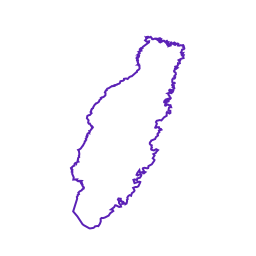 the district of Ban Khwao, Chaiyaphum, Thailand, rotated 236°
{"feature_id": "78962969B12995220204726", "entity_name": "Ban Khwao", "entity_type": "district", "adm_level": 2, "iso_a3": "THA", "parent_name": "Thailand", "parent_adm1": "Chaiyaphum", "projection": "equal_earth", "projection_center": [101.855, 15.816], "detail": "fine", "context": "isolated", "style": "outline", "palette": "violet", "viewbox_px": 256, "rotation_deg": 236, "n_neighbors": 0, "source": "geoboundaries", "source_scale": "gbopen_adm2", "svg_char_len": 5895}
<svg xmlns="http://www.w3.org/2000/svg" viewBox="0 0 256 256"><g transform="rotate(236 128 128)"><path d="M89.5,35.9L83.0,36.6L73.7,36.5L72.1,37.0L66.4,39.9L65.9,40.5L64.6,43.3L64.5,44.6L64.9,45.7L63.9,47.8L63.2,48.5L64.3,51.1L65.8,53.2L68.0,54.5L68.2,55.8L67.3,56.9L66.7,58.8L66.2,63.0L67.3,65.6L67.4,69.4L68.8,69.5L69.9,68.4L70.1,72.2L71.1,74.2L70.6,74.8L67.5,76.5L66.7,78.3L68.2,78.8L70.8,78.6L72.6,79.7L74.3,79.6L74.9,80.7L73.4,82.4L72.4,81.6L71.8,81.7L71.4,81.0L69.4,82.8L68.8,82.5L68.8,81.1L68.3,80.8L67.9,81.4L67.9,82.8L67.2,83.4L66.3,83.1L66.2,84.6L67.9,86.4L69.0,86.9L69.2,88.0L70.7,88.5L71.5,90.5L71.4,91.9L70.1,92.7L71.8,94.7L71.9,97.0L72.2,98.0L72.6,98.5L75.5,98.8L74.9,101.2L74.1,102.3L73.9,104.0L76.0,107.6L76.4,108.0L77.3,107.2L78.7,102.6L82.0,103.5L81.6,104.8L79.8,106.3L81.0,107.5L80.1,110.1L80.9,112.0L81.5,112.7L82.6,112.8L83.1,111.3L83.2,109.5L84.4,108.9L85.6,110.8L86.7,113.9L84.7,113.1L83.8,114.2L83.2,115.8L82.0,115.2L81.5,115.8L81.7,117.7L82.5,117.1L84.3,117.2L86.0,117.5L86.3,118.0L85.8,119.4L83.8,121.4L83.5,122.3L85.0,123.7L84.6,127.4L86.3,131.7L86.7,132.1L89.1,131.6L90.3,134.6L92.2,134.4L91.8,137.1L92.4,138.1L92.9,140.5L94.7,139.5L94.9,136.9L96.8,135.3L97.7,135.4L98.4,136.9L99.2,136.8L100.3,138.0L101.5,137.3L102.7,137.2L103.8,138.1L104.1,139.6L104.6,140.2L103.7,144.4L104.8,146.0L105.0,148.7L105.3,149.0L106.5,149.0L106.9,150.0L106.9,151.6L108.5,152.1L107.9,154.8L108.7,154.8L110.2,153.6L111.4,154.1L112.3,152.7L112.6,151.2L113.1,150.8L115.3,154.3L117.3,154.5L117.9,155.8L116.8,158.8L115.6,159.9L116.7,163.9L116.5,166.9L119.1,168.6L119.4,169.3L116.8,170.5L116.8,171.6L118.6,172.7L119.3,171.7L120.0,171.4L122.0,173.4L122.0,174.0L121.1,175.4L123.2,176.0L123.9,174.8L125.4,174.0L125.4,171.8L125.7,171.4L126.2,171.4L127.0,172.4L127.9,174.6L127.4,176.6L128.5,177.6L128.9,177.2L128.5,172.9L129.1,172.4L129.9,173.0L130.5,175.1L129.8,177.7L128.5,179.0L128.7,180.0L129.4,180.3L130.8,179.9L131.6,180.4L132.8,180.1L133.8,180.6L134.5,180.2L134.1,182.0L132.8,183.3L133.6,183.8L135.8,183.0L136.3,183.3L136.4,184.2L135.0,185.5L133.4,184.6L132.8,184.6L132.8,185.1L133.7,186.6L135.0,187.5L135.0,188.6L135.5,188.8L136.5,188.1L136.6,189.1L137.1,189.5L138.0,188.5L139.0,188.5L139.4,189.6L138.9,191.0L139.1,191.9L139.5,191.9L140.4,190.4L141.4,190.4L143.5,191.9L143.9,193.2L143.1,193.7L143.0,194.5L143.8,195.6L144.7,195.1L145.1,195.3L145.7,197.7L147.2,198.4L148.8,197.8L149.5,198.0L149.6,198.7L150.9,200.0L150.1,200.9L150.2,202.6L151.8,201.4L152.4,201.5L151.8,203.4L151.9,204.2L153.7,205.6L152.8,206.4L152.7,207.2L154.1,207.7L154.8,208.9L155.1,208.7L155.3,207.8L156.0,207.8L155.6,211.0L154.9,213.2L156.2,213.6L157.1,214.8L157.8,213.4L158.7,213.4L158.8,214.7L159.3,215.6L159.9,214.2L161.0,214.0L161.4,215.2L162.7,216.6L162.7,217.3L162.1,218.1L162.3,219.1L163.7,219.7L164.4,219.1L165.1,220.1L165.9,220.1L166.6,218.4L167.2,218.0L167.6,216.5L168.4,215.6L169.5,216.8L170.2,216.5L170.5,216.0L170.5,213.5L171.9,212.7L172.0,214.6L172.9,214.3L173.4,211.2L174.7,211.7L174.9,211.3L174.1,209.7L172.6,209.5L173.2,207.4L174.6,208.8L174.9,208.5L174.7,207.2L175.3,207.1L176.6,209.5L177.4,208.4L177.4,207.9L176.9,207.5L177.3,207.2L177.9,207.7L178.2,209.0L178.5,209.0L178.6,207.6L179.0,206.7L180.0,206.8L180.5,206.3L180.9,202.6L181.9,202.1L182.6,202.3L181.9,204.8L182.7,204.9L183.3,204.6L183.7,203.8L183.5,202.1L184.6,201.7L184.7,202.5L183.9,205.0L184.6,204.7L185.4,202.1L186.1,201.7L186.5,200.6L187.0,200.5L187.6,198.3L188.2,197.7L189.4,198.0L190.8,197.8L190.8,196.8L192.4,195.7L192.8,194.8L191.7,194.6L191.7,194.2L192.8,193.5L192.2,193.4L191.4,192.5L191.1,191.2L189.1,191.8L188.1,194.0L187.3,193.3L187.0,185.9L186.7,184.8L186.3,184.7L187.0,183.4L186.7,181.8L185.9,181.7L185.2,182.8L184.6,182.4L185.1,181.5L185.2,179.8L184.5,180.3L184.1,179.0L183.4,179.2L183.3,177.2L182.9,177.7L182.5,176.7L181.9,176.6L181.5,177.4L181.0,176.9L180.8,176.2L181.5,175.8L181.7,174.7L180.9,174.0L180.1,174.1L180.0,174.8L179.5,174.5L179.6,173.9L179.1,173.3L178.8,173.4L178.9,174.2L178.3,174.1L177.6,172.9L176.9,173.1L175.5,172.1L175.0,172.4L175.0,171.6L174.4,172.4L173.7,171.9L173.2,172.3L170.8,170.8L170.4,169.6L170.4,167.6L169.4,166.6L169.6,166.1L168.8,160.1L169.3,158.9L169.4,157.3L168.8,155.1L170.1,154.1L171.0,152.2L170.0,151.4L170.0,150.2L171.0,147.9L169.7,146.2L169.7,145.6L170.3,143.4L170.1,142.9L171.1,140.7L171.1,140.3L170.5,140.2L171.3,138.5L171.7,138.3L171.8,134.2L172.2,132.9L171.7,131.4L171.2,131.4L171.2,130.0L170.4,128.7L169.5,128.9L167.7,127.5L167.4,125.3L167.6,124.2L168.0,123.6L168.1,122.3L167.3,122.2L167.0,119.7L166.1,118.8L165.9,116.7L166.3,115.0L165.9,114.4L166.0,113.6L164.8,111.0L164.0,110.1L164.1,108.7L163.5,108.2L163.4,107.4L162.4,106.7L162.2,105.9L160.7,106.1L160.1,103.6L160.6,102.6L160.7,101.0L159.1,99.4L156.4,99.6L154.8,98.0L153.5,97.9L153.0,98.8L150.5,98.6L150.0,99.1L148.3,99.3L148.1,98.7L148.3,98.3L147.7,98.1L147.6,97.0L146.6,94.5L146.9,94.2L146.0,93.9L145.9,93.2L145.5,93.0L145.9,92.8L145.9,91.3L144.9,89.9L144.4,90.3L143.7,89.5L143.9,88.7L143.1,88.5L142.8,87.0L141.6,86.8L141.5,86.1L140.9,85.2L141.1,84.7L140.0,83.6L139.0,81.4L138.6,81.0L138.5,80.2L137.4,77.3L137.4,75.6L137.7,74.4L136.3,74.4L134.0,73.3L132.8,72.4L132.7,71.9L131.2,71.3L131.2,70.4L130.8,69.6L130.1,69.3L129.4,68.2L127.8,68.1L128.2,67.0L128.1,65.9L127.5,65.3L127.9,65.3L127.9,64.6L128.3,65.1L128.4,64.3L128.0,63.4L126.8,62.6L127.1,60.8L126.8,59.6L126.5,59.4L126.8,59.1L126.7,58.3L124.8,57.9L124.3,58.4L124.0,58.1L124.2,57.8L123.3,57.5L123.1,56.9L122.5,57.2L121.2,56.1L117.4,55.4L115.8,53.8L113.9,57.0L113.5,56.2L111.7,56.9L111.6,57.9L110.3,58.4L110.6,59.3L110.2,59.8L110.1,59.0L109.6,59.2L109.3,58.7L108.8,59.1L108.4,58.2L107.8,58.2L107.9,58.6L107.5,58.8L106.4,58.6L106.3,58.1L105.5,57.9L103.4,58.2L103.1,57.9L103.3,57.6L102.7,57.4L102.9,56.9L102.5,56.3L102.7,55.6L102.2,54.7L102.5,52.4L102.1,50.6L100.6,50.4L100.6,48.8L99.8,48.3L99.4,47.0L97.9,46.4L89.5,35.9Z" fill="none" stroke="#5b21b6" stroke-width="2"/></g></svg>